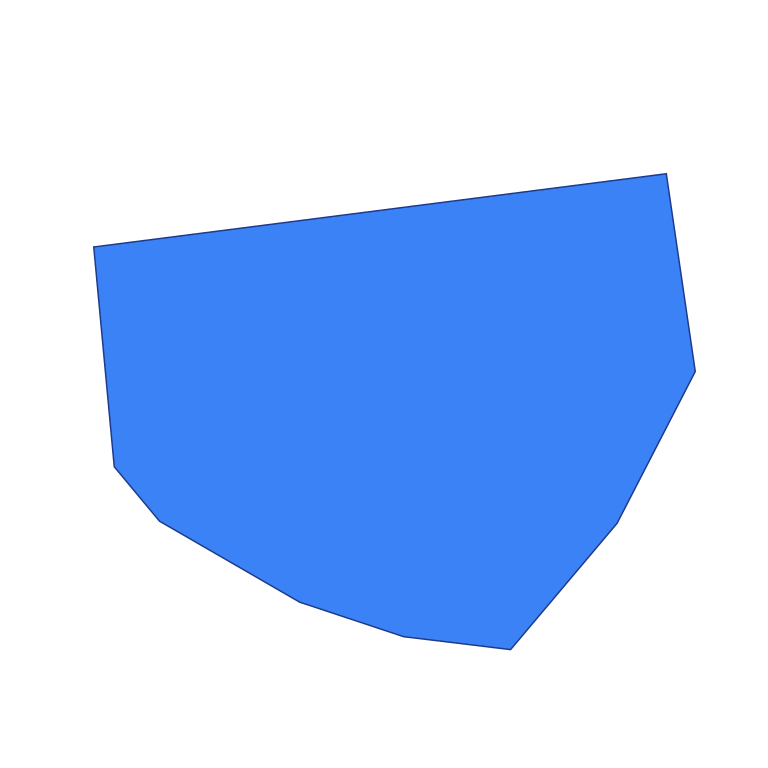 the Parish of Saint George Gingerland, rotated 98°
{"feature_id": "KNA-5102", "entity_name": "Saint George Gingerland", "entity_type": "Parish", "adm_level": 1, "iso_a3": "KNA", "parent_name": "Saint Kitts and Nevis", "parent_adm1": "", "projection": "orthographic", "projection_center": [-62.55, 17.125], "detail": "fine", "context": "isolated", "style": "filled", "palette": "blue", "viewbox_px": 768, "rotation_deg": 98, "n_neighbors": 0, "source": "natural_earth", "source_scale": "10m", "svg_char_len": 289}
<svg xmlns="http://www.w3.org/2000/svg" viewBox="0 0 768 768"><g transform="rotate(98 384 384)"><path d="M629.4,221.7L631.5,329.3L611.8,437.1L551.1,587.2L503.5,639.6L288.7,690.5L136.5,133.7L328.3,77.5L489.5,133.8L629.4,221.7Z" fill="#3b82f6" stroke="#1e3a8a" stroke-width="1.5"/></g></svg>